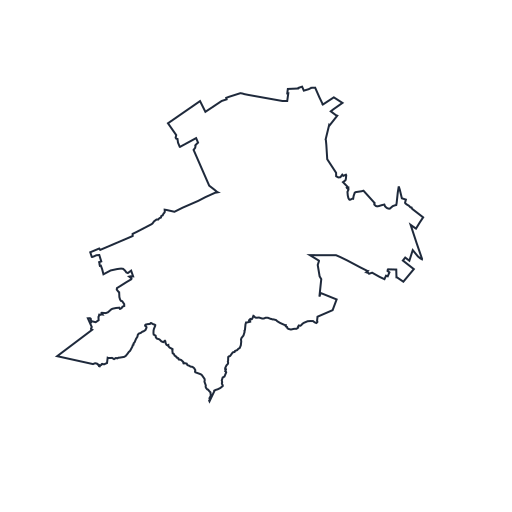 the district of Epazoyucan, Hidalgo, Mexico, rotated 206°
{"feature_id": "50627088B39262816099819", "entity_name": "Epazoyucan", "entity_type": "district", "adm_level": 2, "iso_a3": "MEX", "parent_name": "Mexico", "parent_adm1": "Hidalgo", "projection": "albers", "projection_center": [-98.645, 20.038], "detail": "fine", "context": "isolated", "style": "outline", "palette": "slate", "viewbox_px": 512, "rotation_deg": 206, "n_neighbors": 0, "source": "geoboundaries", "source_scale": "gbopen_adm2", "svg_char_len": 6135}
<svg xmlns="http://www.w3.org/2000/svg" viewBox="0 0 512 512"><g transform="rotate(206 256 256)"><path d="M374.2,370.7L393.3,336.7L380.7,329.7L380.1,327.1L379.1,326.5L377.9,326.8L375.8,323.7L372.4,320.7L372.2,320.7L361.5,335.7L357.8,332.5L359.0,329.3L359.0,329.0L358.8,329.0L358.1,326.6L358.6,324.0L328.9,298.7L322.6,297.4L319.0,296.5L318.3,296.5L320.6,294.8L327.3,286.7L332.1,280.2L343.1,267.3L348.7,260.0L356.4,258.2L358.4,257.6L357.3,255.6L357.4,254.4L357.7,253.8L357.7,251.6L358.6,250.6L358.6,250.2L358.3,248.9L359.2,247.9L359.9,246.3L359.9,245.9L361.4,245.2L362.8,242.5L363.3,239.8L363.9,238.7L373.9,225.2L376.6,221.8L375.6,219.9L398.7,193.2L400.2,194.0L406.6,186.7L403.2,183.2L402.8,183.3L401.5,184.6L399.9,186.6L397.3,188.2L392.7,183.3L394.3,181.7L393.3,180.6L393.2,180.2L392.0,178.7L391.2,179.3L388.6,176.8L385.1,172.7L380.3,179.3L375.2,183.3L373.1,184.7L371.6,185.6L369.8,186.2L367.4,185.5L365.3,184.4L363.7,184.5L361.8,188.1L357.5,183.8L359.9,182.7L360.9,181.9L358.1,181.3L357.9,180.4L361.0,175.7L366.9,166.2L366.4,164.7L363.6,163.4L363.1,163.4L360.8,159.2L359.3,157.5L357.9,156.5L356.4,156.7L353.4,155.0L352.5,153.3L353.8,151.9L353.9,150.5L354.7,149.1L355.2,148.8L356.2,149.6L358.9,148.0L361.6,145.9L362.6,144.8L364.4,140.5L366.0,138.8L369.8,137.3L369.9,137.0L368.3,136.1L369.4,135.7L369.9,135.0L371.2,134.6L370.7,132.1L370.8,132.0L369.3,129.3L371.1,126.2L374.9,125.4L375.0,124.9L376.8,126.6L377.1,127.2L378.0,127.3L379.8,126.3L372.5,120.2L372.5,118.5L372.2,118.0L370.9,117.9L390.8,78.8L355.1,87.4L353.9,88.8L352.9,89.4L352.2,89.3L351.3,89.6L350.3,89.0L349.8,89.3L349.4,89.3L348.8,88.2L348.1,88.3L348.0,89.5L347.2,90.4L347.3,91.2L347.0,91.6L345.1,92.0L343.0,94.5L344.7,99.5L344.2,99.5L340.6,101.3L338.4,101.1L337.4,102.7L337.0,102.7L336.3,103.3L335.7,103.3L334.9,104.4L334.1,104.8L330.3,107.5L329.3,109.0L328.6,111.9L328.3,113.9L327.6,115.6L327.4,120.5L327.7,121.7L327.2,122.5L327.4,123.1L327.6,123.3L327.7,124.0L327.3,125.1L327.5,129.1L327.2,131.4L327.7,133.5L327.3,134.9L325.9,136.3L324.9,138.3L324.1,138.9L322.9,141.0L323.0,143.6L323.3,144.1L323.6,144.3L325.1,144.7L325.3,145.4L325.0,146.1L324.6,146.3L323.9,147.0L321.8,148.3L321.3,148.8L321.3,149.5L320.8,149.8L318.3,149.6L317.2,149.9L316.3,149.8L316.0,149.1L315.8,145.8L315.4,144.1L314.4,141.8L313.5,140.5L311.3,140.4L310.3,138.9L308.7,138.3L306.9,138.7L305.8,138.6L303.6,137.8L301.9,137.9L301.5,138.0L301.0,139.4L300.7,139.9L300.2,139.7L298.9,137.9L297.4,136.9L296.4,136.9L295.8,137.6L295.1,136.5L293.5,135.8L290.6,135.8L290.2,135.7L290.3,135.2L289.5,134.2L289.5,133.9L288.2,132.0L287.1,132.0L286.3,131.5L285.5,130.8L283.4,130.6L283.1,130.1L282.6,129.9L281.3,130.1L280.9,130.0L280.4,129.3L279.8,129.1L278.8,129.6L277.6,129.7L274.9,128.9L274.6,128.2L274.0,127.7L273.6,127.9L273.2,128.4L271.1,128.9L270.0,128.0L269.2,127.9L267.9,128.1L266.4,127.9L264.5,128.5L263.0,128.2L262.3,128.0L260.5,126.8L260.2,125.5L259.6,124.9L253.8,125.5L252.4,125.2L248.4,123.0L247.7,122.0L247.2,120.4L244.4,117.7L244.0,116.5L243.3,115.7L241.5,114.8L241.0,114.7L240.4,114.9L238.9,114.1L237.2,113.5L235.4,110.7L235.5,107.8L235.0,107.6L234.6,106.9L234.7,105.5L234.1,105.0L234.2,116.3L234.5,116.7L233.6,117.9L232.0,119.4L230.2,121.7L228.9,124.5L229.2,125.2L230.6,126.2L231.0,126.9L231.0,127.5L231.6,128.5L232.2,129.1L232.7,132.2L231.5,133.8L231.8,138.4L232.1,138.7L233.2,139.0L233.2,140.7L233.3,141.0L234.1,140.8L234.3,141.1L234.6,142.1L234.6,144.8L234.0,146.7L234.1,147.4L234.4,148.1L235.0,148.7L235.2,149.7L236.7,153.0L236.3,154.0L235.8,154.3L235.4,154.9L234.8,158.4L234.4,159.5L233.2,160.3L233.2,161.5L231.7,163.1L231.2,164.8L230.3,166.2L230.5,169.1L231.8,172.7L232.9,174.4L233.1,176.0L232.4,179.0L233.0,182.9L233.6,183.6L233.5,184.6L235.5,190.0L235.8,191.9L235.1,192.2L232.4,194.4L232.6,194.7L232.9,194.5L233.7,194.7L234.1,195.1L233.5,197.0L232.2,197.2L232.0,197.6L231.9,198.4L232.1,201.1L231.7,201.1L230.8,200.7L229.5,200.4L228.3,200.8L226.4,202.0L223.0,202.5L221.5,203.3L220.2,204.8L218.2,205.7L215.2,205.9L214.6,206.2L213.5,206.2L212.5,206.7L209.9,207.2L208.3,206.7L205.2,206.4L200.9,206.5L199.5,206.6L198.9,206.9L198.4,205.8L197.0,205.8L196.0,204.8L194.8,204.7L192.4,205.2L189.9,207.2L187.7,208.3L186.7,210.1L187.2,210.6L187.1,212.3L185.6,212.7L185.1,213.5L184.5,215.5L183.7,216.9L181.0,220.0L178.4,221.5L176.2,222.5L174.2,222.1L172.4,222.2L171.9,223.4L172.2,224.1L172.7,224.5L174.1,228.4L163.4,240.9L164.5,252.3L181.6,251.1L181.2,247.3L187.2,263.8L189.9,265.6L196.6,275.0L197.2,279.1L197.4,279.4L207.9,280.4L184.4,291.8L179.7,292.0L172.2,292.0L157.5,291.5L149.2,291.4L149.4,290.8L148.9,291.2L149.0,289.8L147.6,290.0L146.6,289.6L144.3,291.9L135.7,291.4L130.4,291.5L130.5,295.3L128.7,295.5L128.9,299.8L131.2,300.2L131.6,301.7L131.5,301.9L124.0,305.3L120.4,298.4L119.9,298.6L112.3,297.5L108.4,313.4L122.0,316.3L121.2,320.0L116.1,319.0L117.7,330.0L110.3,326.6L107.3,325.9L105.4,325.8L105.5,326.2L117.3,338.0L130.7,351.8L124.2,350.7L123.5,358.1L122.7,364.0L136.2,366.8L137.5,367.8L138.4,367.4L140.6,368.2L143.1,368.4L144.9,368.8L145.4,369.3L146.0,372.4L150.2,371.8L155.9,378.7L158.2,381.1L156.4,375.2L152.8,365.2L152.3,363.3L153.5,362.3L155.0,360.7L156.5,357.2L157.6,356.7L159.1,356.5L160.2,356.7L161.8,357.2L163.2,358.5L165.3,356.8L167.5,354.7L168.9,353.7L170.3,353.5L172.2,354.1L172.6,354.8L172.6,355.6L188.0,361.8L189.6,360.4L194.3,357.2L195.0,356.2L194.6,352.9L193.8,350.1L194.3,350.0L196.0,347.9L196.5,347.6L197.1,347.7L198.4,348.6L200.1,350.7L201.9,353.7L202.0,356.2L202.6,357.3L202.9,356.6L204.1,357.0L204.4,357.2L203.9,358.3L210.2,360.5L208.8,363.2L209.0,364.6L210.3,368.1L210.8,368.5L212.7,366.3L214.1,366.9L214.7,363.8L216.4,362.7L218.9,362.8L220.5,365.9L234.4,374.2L241.5,386.7L244.0,390.8L244.5,391.2L247.7,405.9L247.1,405.7L244.5,417.7L245.9,417.6L252.2,418.8L250.7,421.9L245.4,431.5L255.6,432.7L262.8,420.6L262.5,421.6L268.6,426.4L276.6,433.2L280.1,431.4L280.1,431.2L281.8,429.0L285.5,425.6L288.8,428.4L291.5,425.8L291.3,425.3L291.4,425.1L300.6,420.1L299.2,415.9L298.3,416.4L295.9,409.0L300.2,406.9L333.6,397.4L337.4,396.4L339.4,396.1L341.4,395.5L350.1,387.2L352.1,385.1L351.1,383.9L354.8,380.3L364.7,363.4L374.2,370.7Z" fill="none" stroke="#1e293b" stroke-width="2"/></g></svg>